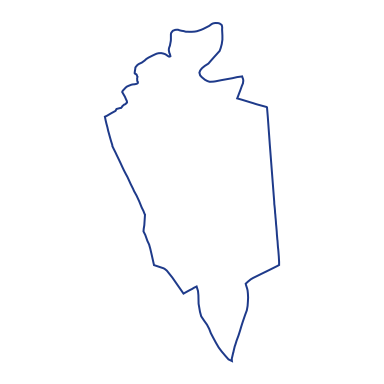 An Phu, An Giang, Vietnam
{"feature_id": "81297802B41294306698552", "entity_name": "An Phu", "entity_type": "district", "adm_level": 2, "iso_a3": "VNM", "parent_name": "Vietnam", "parent_adm1": "An Giang", "projection": "mercator", "projection_center": [105.093, 10.836], "detail": "fine", "context": "isolated", "style": "outline", "palette": "blue", "viewbox_px": 384, "rotation_deg": 0, "n_neighbors": 0, "source": "geoboundaries", "source_scale": "gbopen_adm2", "svg_char_len": 3710}
<svg xmlns="http://www.w3.org/2000/svg" viewBox="0 0 384 384"><path d="M242.1,76.4L241.6,76.5L237.1,77.1L232.4,78.2L226.7,79.2L221.1,80.2L215.6,81.3L213.6,81.6L209.8,81.8L208.7,81.5L207.3,81.0L205.0,79.8L202.3,77.6L201.3,76.7L200.9,76.1L200.4,75.7L200.2,75.5L199.4,72.7L200.1,70.7L200.9,69.5L202.2,68.0L204.8,65.9L208.4,63.6L211.6,59.9L214.7,56.4L215.8,55.2L218.4,52.3L219.6,51.0L220.7,48.0L221.8,43.9L221.9,43.0L222.4,39.7L222.4,35.5L222.2,31.6L222.1,29.7L222.2,27.6L222.0,26.0L221.6,24.9L220.6,24.2L219.6,23.5L218.1,23.1L215.4,23.0L214.0,23.2L212.8,23.5L211.6,24.1L209.2,25.9L203.3,28.9L201.2,29.8L197.0,31.2L194.7,31.6L191.8,31.8L189.9,31.8L185.7,31.7L183.7,31.1L181.7,30.8L179.5,30.3L178.3,29.8L177.1,29.7L175.1,29.9L172.8,30.8L171.3,32.7L171.1,33.3L171.0,33.7L170.9,34.3L170.9,39.5L170.8,40.9L169.9,45.7L169.2,47.5L168.9,48.7L168.8,50.1L169.3,52.8L169.7,53.6L170.2,55.2L170.4,56.2L169.7,56.6L169.0,56.6L167.7,55.9L166.4,54.9L165.0,54.1L163.5,53.6L161.3,53.1L158.6,53.2L156.6,53.7L155.0,54.4L152.9,55.4L148.5,57.6L146.3,59.0L144.7,60.5L141.8,62.6L139.0,63.9L137.5,64.9L135.7,67.0L135.3,67.9L135.3,68.6L135.1,69.7L134.8,71.6L134.8,72.4L134.6,73.0L134.8,73.4L135.1,73.7L135.3,73.9L136.2,74.2L136.6,74.6L136.8,75.3L137.1,76.0L137.2,76.3L137.5,76.8L137.4,77.0L137.3,77.6L137.1,78.7L137.2,79.5L137.2,80.5L137.3,81.1L137.7,81.8L137.9,82.0L137.9,82.6L137.7,83.2L137.1,83.6L136.3,83.9L135.4,84.1L134.3,84.3L132.9,84.4L131.4,84.7L128.4,85.9L126.9,86.6L125.9,87.4L124.8,88.5L124.3,89.1L123.6,89.8L122.9,90.6L122.5,91.2L122.2,92.0L122.8,93.1L123.9,95.0L124.9,96.7L125.7,98.6L126.9,101.2L127.0,102.6L126.6,102.8L126.1,103.4L125.5,104.1L124.0,104.7L123.5,105.2L122.4,106.1L121.8,107.1L121.1,107.9L119.8,108.1L116.5,109.0L115.5,110.9L111.3,113.2L106.9,115.8L104.9,116.7L105.6,120.2L106.4,123.6L107.4,127.3L108.2,130.9L109.1,134.1L109.2,134.5L110.2,138.1L111.2,141.6L111.4,142.2L112.3,145.1L112.4,146.2L113.6,148.7L115.4,152.3L117.1,155.9L118.8,159.4L120.5,163.0L122.1,166.5L123.8,170.1L125.6,173.6L127.5,177.1L129.1,180.6L130.7,184.1L132.4,187.5L133.0,188.7L133.1,188.9L134.0,191.0L136.6,195.7L139.2,201.3L141.7,207.5L143.4,210.9L144.6,214.0L145.0,214.6L144.3,225.2L143.7,228.9L143.5,231.4L145.3,235.0L147.4,240.9L149.1,244.5L150.3,248.8L151.9,255.7L154.0,265.1L163.6,268.3L164.8,269.0L166.8,270.6L172.3,277.5L183.5,293.6L184.9,292.8L189.6,290.2L192.4,288.8L193.1,288.3L193.4,288.1L194.1,287.7L195.8,286.9L196.6,286.5L198.0,291.0L198.4,295.2L198.5,299.5L198.6,303.8L199.3,307.9L200.0,311.9L201.2,316.3L204.0,320.5L207.0,324.7L209.2,328.9L210.8,333.1L213.3,337.9L215.9,342.7L218.7,347.5L221.6,351.4L225.5,356.0L227.8,358.6L228.5,359.4L231.9,361.0L231.8,360.3L231.8,358.6L232.5,355.7L233.0,353.5L233.2,352.6L233.3,352.5L233.9,349.8L234.7,346.5L235.4,344.5L236.6,340.6L238.5,335.5L240.0,330.8L241.3,326.4L242.7,322.0L244.2,317.6L245.2,314.7L246.8,310.4L247.4,307.1L247.6,305.9L247.9,301.7L248.1,297.6L247.9,293.6L247.6,290.6L247.2,288.8L246.0,285.0L245.7,283.7L248.1,281.5L250.8,279.3L253.2,277.9L258.7,275.2L261.3,273.9L269.3,270.0L277.7,265.8L279.1,265.0L279.1,263.4L279.1,262.0L278.8,256.5L278.6,254.0L278.4,251.4L278.2,249.2L278.0,247.6L277.8,245.1L277.6,242.1L277.5,240.7L277.3,239.3L277.2,238.0L277.1,236.8L276.9,234.5L276.8,232.7L276.7,231.1L276.5,228.9L276.3,226.5L276.1,224.6L276.0,223.4L275.9,221.7L275.7,219.2L275.5,217.3L275.3,214.6L275.1,213.0L275.0,211.0L274.8,208.6L274.5,205.7L274.3,204.1L274.2,201.6L269.8,144.6L267.8,117.0L267.0,107.4L266.6,107.0L257.4,104.5L255.4,103.9L253.0,103.1L251.6,102.7L245.4,100.8L241.8,99.7L237.2,98.4L238.1,96.1L239.3,92.9L240.2,90.6L241.8,86.1L243.0,83.2L243.1,81.8L243.3,81.0L243.2,79.8L243.0,78.9L242.5,77.6L242.1,76.4Z" fill="none" stroke="#1e3a8a" stroke-width="2"/></svg>